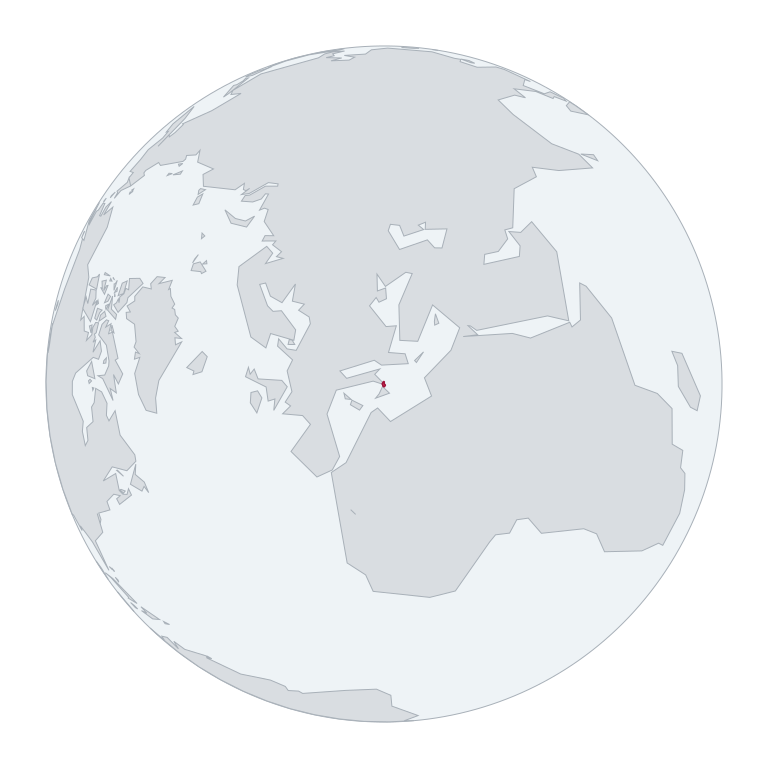 Reggio Calabria highlighted on a globe, orthographic projection, rotated 302°
{"feature_id": "ITA-5395", "entity_name": "Reggio Calabria", "entity_type": "Province", "adm_level": 1, "iso_a3": "ITA", "parent_name": "Italy", "parent_adm1": "", "projection": "orthographic", "projection_center": [16.138, 38.244], "detail": "fine", "context": "on_globe", "style": "filled", "palette": "rose", "viewbox_px": 768, "rotation_deg": 302, "n_neighbors": 0, "source": "natural_earth", "source_scale": "10m", "svg_char_len": 11154}
<svg xmlns="http://www.w3.org/2000/svg" viewBox="0 0 768 768"><g transform="rotate(302 384 384)"><circle cx="384" cy="384" r="338" fill="#eef3f6" stroke="#a8b0b8"/><path d="M231.2,82.6L241.7,78.1L232.2,82.6L238.5,80.2L250.7,74.8L257.3,71.9L295.4,62.8L336.6,54.7L347.5,51.3L346.8,53.4L366.1,47.5L387.2,46.5L364.6,48.5L363.3,49.5L378.2,48.6L380.0,49.6L388.3,50.0L389.2,51.6L376.0,53.6L376.3,54.9L386.8,54.4L394.3,56.2L378.8,56.7L390.3,60.3L370.3,66.2L328.1,69.5L318.1,77.1L277.6,92.9L282.4,93.9L270.1,101.7L271.1,106.1L263.3,108.6L270.8,110.1L277.8,107.1L283.4,106.9L284.6,109.5L274.9,112.8L272.9,112.0L270.6,114.4L265.2,115.1L268.6,116.2L256.7,120.4L270.2,120.3L262.1,127.0L253.7,128.8L252.5,123.3L229.9,116.7L221.1,118.3L209.8,125.3L193.0,148.7L184.0,153.3L173.5,163.3L179.3,162.8L189.6,154.9L197.9,157.2L209.5,148.2L214.6,148.1L227.5,141.8L227.7,148.7L220.9,159.3L210.3,165.2L207.0,170.3L218.9,170.1L200.8,187.3L191.9,210.2L187.0,214.5L174.2,211.9L169.7,197.4L153.0,197.3L165.9,203.9L153.4,215.9L152.2,221.0L154.2,224.6L159.8,222.8L156.0,228.7L141.8,223.6L145.0,218.1L149.5,219.5L147.3,213.2L137.6,211.3L132.0,218.3L123.4,210.5L119.2,215.7L115.1,217.4L122.2,209.4L109.2,224.1L98.1,222.3L80.2,249.5L95.5,220.6L99.5,210.5L102.8,201.6L99.7,205.7L108.2,190.4L108.8,187.9L107.7,189.4L124.5,167.6L142.9,147.2L162.9,128.4L184.4,111.3L207.2,96.0L231.2,82.6ZM80.5,235.5L81.4,233.7L78.0,242.1L72.2,253.7L80.5,235.5ZM66.6,268.0L62.5,280.6L58.6,292.8L66.6,268.0ZM53.2,315.0L52.5,319.2L50.4,333.4L52.4,329.2L54.2,334.4L50.5,350.0L54.4,342.1L53.4,355.7L59.2,377.3L57.8,379.1L62.1,416.2L72.7,444.5L75.2,460.6L73.3,465.2L78.3,474.3L78.5,479.0L103.8,513.8L121.2,539.3L123.6,554.8L115.0,561.4L120.9,588.6L109.0,579.5L114.5,587.9L100.2,567.4L87.3,545.8L76.2,523.4L66.7,500.2L58.9,476.3L53.0,451.9L48.9,427.2L46.6,402.2L46.1,377.1L47.6,352.1L50.6,330.0L51.8,322.3L51.5,323.8L53.2,315.0ZM75.3,257.2L67.0,290.9L66.9,280.5L67.8,280.4L70.9,269.8L75.1,255.2L76.3,247.6L75.3,257.2ZM82.5,252.3L83.6,247.7L83.2,251.2L82.5,252.3ZM259.9,70.7L250.8,74.7L239.1,79.6L246.4,76.0L259.9,70.7ZM282.5,63.5L278.7,65.1L272.1,66.4L276.3,65.0L282.5,63.5ZM355.0,49.2L347.2,50.2L354.1,49.0L355.0,49.2ZM389.3,49.9L390.9,49.5L394.5,50.0L389.3,49.9ZM226.5,138.5L226.9,140.1L224.3,140.4L226.5,138.5ZM231.6,134.4L228.2,133.7L230.2,131.7L232.2,132.2L231.6,134.4ZM399.2,53.0L404.4,54.4L396.8,53.2L399.2,53.0ZM235.3,136.0L234.0,128.3L237.5,124.9L248.2,124.1L235.3,136.0ZM406.0,55.4L419.0,59.5L423.7,58.5L417.7,64.2L408.7,58.4L398.5,56.9L405.2,56.7L406.0,55.4ZM279.4,105.1L272.1,108.4L277.1,103.4L279.4,105.1ZM281.3,102.0L288.5,88.4L300.0,85.3L295.2,90.2L309.1,85.0L311.1,90.1L304.0,94.2L296.1,95.0L302.9,96.4L281.3,102.0ZM412.3,67.0L413.5,68.6L409.7,67.4L412.3,67.0ZM286.0,106.5L286.5,103.8L296.4,100.9L297.3,105.8L293.8,105.1L286.0,106.5ZM311.8,81.4L319.4,80.4L323.1,84.2L326.5,84.5L312.2,90.0L311.8,81.4ZM292.2,107.1L297.6,108.6L294.0,112.4L286.3,109.0L292.2,107.1ZM298.6,98.1L303.4,97.1L301.0,99.2L298.6,98.1ZM284.3,127.9L284.6,124.1L289.8,122.1L284.3,127.9ZM299.8,108.9L301.0,107.6L303.1,106.5L305.8,108.3L299.8,108.9ZM315.8,92.5L315.7,94.5L321.8,90.4L324.9,93.5L314.7,96.8L320.4,96.7L321.3,97.7L312.0,99.4L315.8,92.5ZM314.8,107.2L303.0,113.2L301.3,120.3L296.6,122.1L300.2,110.4L314.8,107.2ZM314.0,102.4L313.4,105.7L307.9,106.0L304.8,103.9L314.0,102.4ZM330.6,94.6L328.5,88.9L330.8,88.5L330.6,94.6ZM315.4,109.1L318.2,107.6L315.9,109.5L315.4,109.1ZM327.1,98.8L326.1,96.8L328.7,96.3L327.1,98.8ZM324.8,106.7L321.0,108.5L318.8,107.0L324.8,106.7ZM326.7,103.0L330.6,102.9L320.3,105.4L325.9,102.1L326.7,103.0ZM329.8,98.7L331.0,97.7L329.8,99.7L329.8,98.7ZM335.3,111.6L322.8,115.2L318.0,111.7L330.8,108.6L335.3,111.6ZM227.3,535.9L202.4,484.7L212.4,469.6L212.7,447.6L281.0,386.2L297.2,393.5L353.0,388.2L360.3,391.3L355.6,409.4L399.0,430.7L410.7,415.0L448.1,422.9L471.8,418.4L476.8,383.3L438.1,390.0L429.4,374.3L459.0,354.7L492.6,349.4L490.3,343.3L467.5,333.5L473.5,319.8L459.4,329.1L466.3,334.5L457.6,340.9L450.7,336.4L453.2,331.5L442.6,330.3L433.8,355.3L439.9,363.6L413.1,371.1L420.8,385.9L414.1,393.8L398.7,371.9L399.0,363.2L371.7,339.7L369.0,349.3L394.6,372.5L387.3,371.0L383.8,385.5L380.7,373.3L353.5,346.8L328.3,351.6L299.0,384.8L283.7,385.7L269.6,376.4L277.5,340.9L310.8,343.0L314.1,331.7L305.0,313.8L315.9,316.4L316.3,309.8L328.7,310.0L343.8,294.9L356.0,293.7L359.7,273.7L366.5,270.7L362.4,283.2L366.0,291.7L396.1,289.6L401.2,285.0L401.3,272.5L409.5,274.1L405.7,262.4L421.9,255.9L398.9,254.4L398.3,241.1L406.9,230.1L402.6,225.8L388.6,243.8L386.8,251.4L391.8,258.2L383.1,280.4L373.3,284.4L366.7,261.1L352.0,264.7L353.3,246.2L390.2,207.0L406.7,198.8L438.6,211.6L436.0,220.3L423.3,219.7L437.1,231.9L435.0,225.3L441.9,227.0L443.0,215.7L448.0,216.5L440.7,204.9L446.8,204.5L451.3,211.9L458.3,196.3L470.6,193.3L469.8,189.5L465.5,186.3L483.9,185.4L482.5,182.7L475.9,181.9L468.8,176.2L463.5,166.2L470.2,166.4L473.0,170.0L488.9,178.6L495.4,189.0L497.6,188.1L493.5,179.2L474.1,168.7L469.1,162.7L478.7,166.4L474.8,164.5L474.4,161.7L480.2,159.3L469.8,154.8L456.0,126.1L465.8,119.5L476.0,125.4L473.4,108.4L484.7,104.1L478.6,103.1L473.2,95.5L469.6,96.6L466.3,95.6L450.9,78.6L452.4,75.5L438.9,68.8L435.8,68.5L433.9,70.3L417.7,64.2L423.7,58.5L430.5,59.3L429.7,56.0L445.3,58.6L457.8,59.9L475.4,66.0L483.8,67.2L482.4,65.9L492.8,67.2L518.8,75.9L503.6,74.5L465.8,66.4L481.7,69.7L479.8,71.0L486.6,73.6L497.7,76.3L497.9,75.3L524.5,93.1L554.7,108.8L548.4,100.8L553.0,100.3L581.8,115.4L625.9,155.6L632.5,158.8L638.6,164.7L645.5,174.1L636.8,165.5L636.0,167.8L630.1,162.0L638.1,175.4L630.0,167.8L640.2,182.8L645.6,185.9L641.6,176.2L654.0,193.5L660.7,196.2L670.8,209.1L691.1,248.6L697.6,271.4L700.0,277.0L697.7,277.7L702.0,295.2L712.2,311.0L714.5,319.4L718.1,347.9L716.8,342.1L710.9,343.9L715.1,366.2L719.8,370.0L721.6,385.0L720.4,388.5L717.9,376.0L715.7,376.1L712.5,357.7L703.3,337.9L701.7,352.3L698.2,341.7L685.4,330.3L681.0,350.6L676.6,398.9L682.1,427.4L677.8,446.4L657.7,419.2L646.4,394.9L640.5,403.4L618.6,390.9L584.7,410.4L578.7,404.8L572.6,412.0L557.0,410.7L547.3,400.7L538.4,405.3L563.9,431.2L573.3,426.2L579.5,409.1L585.0,419.6L599.9,423.2L587.7,460.4L535.5,507.2L528.4,486.6L478.6,434.2L479.0,426.5L478.7,425.7L478.0,424.3L475.4,437.3L466.2,426.0L494.9,466.0L500.6,483.9L534.8,508.8L532.0,513.2L542.4,516.7L573.4,496.4L574.0,503.6L560.6,542.1L515.9,597.5L520.8,620.8L515.8,641.3L485.7,660.3L486.0,672.6L470.1,679.9L467.6,686.6L453.6,695.0L431.0,703.3L394.9,705.9L394.5,701.2L379.1,691.1L358.6,659.9L369.6,643.7L367.1,630.1L340.8,596.6L346.7,577.4L339.2,568.5L324.1,569.5L315.2,558.5L305.9,557.3L246.3,554.2L227.3,535.9ZM259.8,422.3L258.4,428.9L258.4,429.0L259.8,422.3ZM530.1,361.1L548.9,355.2L537.0,337.0L543.2,333.5L536.9,328.9L536.0,335.8L520.0,322.5L526.8,313.2L522.8,304.8L516.2,306.4L506.3,325.9L529.2,344.4L526.3,354.8L530.1,361.1ZM59.5,377.8L59.8,383.5L58.5,380.0L59.5,377.8ZM64.4,284.9L63.8,289.7L62.7,294.4L62.6,291.7L64.4,284.9ZM65.8,323.0L66.4,329.6L64.7,325.4L65.8,323.0ZM66.3,295.9L65.3,318.4L62.2,312.3L63.3,298.4L64.0,304.3L66.3,295.9ZM77.7,258.5L76.8,262.4L75.3,264.2L77.7,258.5ZM82.3,255.0L82.2,254.1L83.7,250.6L82.3,255.0ZM154.3,216.2L155.3,216.8L156.1,221.3L153.4,220.9L154.3,216.2ZM173.8,232.7L167.2,242.0L170.0,234.8L164.9,235.5L164.6,222.1L184.5,216.0L175.5,220.9L173.8,232.7ZM169.7,203.5L167.7,212.0L169.1,203.0L169.7,203.5ZM306.3,275.7L311.2,280.4L307.5,287.8L292.1,291.5L297.2,280.6L306.3,275.7ZM319.0,285.6L316.8,262.7L326.3,260.2L321.4,265.3L327.9,266.0L321.6,274.5L332.9,295.4L330.4,303.4L303.2,304.5L313.5,299.4L308.1,294.8L319.0,285.6ZM294.3,215.9L293.4,208.0L315.2,212.6L313.5,219.6L297.9,223.1L290.8,217.0L294.3,215.9ZM254.4,137.0L252.7,135.1L255.4,134.0L259.1,134.7L254.4,137.0ZM284.0,126.3L264.8,144.8L261.8,143.4L254.1,157.1L243.3,158.7L248.7,149.6L234.6,161.7L235.1,154.2L226.4,163.0L239.5,142.6L239.4,137.0L243.6,142.4L253.5,140.9L257.8,138.6L269.8,128.0L274.5,116.0L285.1,113.3L291.3,114.6L291.8,117.0L284.8,117.9L290.5,120.6L280.7,123.8L284.0,126.3ZM358.3,141.9L349.9,140.0L359.7,149.5L350.0,151.3L351.7,152.3L345.4,156.8L340.8,164.2L336.1,164.0L336.3,167.0L332.1,170.4L330.9,174.6L322.0,176.0L319.7,181.5L316.8,179.1L315.3,188.2L312.4,182.2L306.8,186.4L312.5,190.1L267.7,191.2L251.1,197.7L238.8,206.8L235.6,196.2L245.0,181.4L260.8,167.0L277.2,162.8L272.8,159.2L279.4,156.3L280.1,160.3L282.9,152.5L288.5,151.3L302.5,140.8L303.0,131.1L308.1,127.4L310.7,130.7L314.0,124.8L322.4,128.6L326.3,126.2L338.5,128.0L341.3,136.3L345.4,133.0L354.8,134.7L358.3,141.9ZM338.6,112.3L344.2,120.9L341.6,126.4L321.5,121.1L316.8,122.8L303.8,120.5L307.9,112.8L311.2,114.1L315.4,113.6L312.5,116.2L317.9,113.8L322.7,115.6L328.3,114.4L328.6,117.5L338.6,112.3ZM367.5,384.4L372.9,385.1L381.1,384.1L379.1,393.5L367.5,384.4ZM348.6,366.5L353.3,365.4L354.5,377.5L348.9,377.1L348.6,366.5ZM355.0,354.9L353.5,364.4L350.9,359.0L355.0,354.9ZM366.7,281.7L371.6,280.1L372.5,282.9L370.2,287.4L366.7,281.7ZM385.3,173.3L380.9,170.7L382.2,169.1L378.0,160.3L384.9,158.7L390.1,163.4L385.3,173.3ZM470.8,390.4L464.6,398.3L460.8,395.8L463.7,393.6L470.8,390.4ZM420.1,397.5L432.2,400.5L419.4,400.1L420.1,397.5ZM392.1,170.1L389.6,166.6L394.6,168.1L392.1,170.1ZM389.7,157.2L395.4,158.0L385.2,157.5L389.7,157.2ZM567.9,620.4L541.6,658.6L527.3,663.7L526.7,656.2L537.9,634.9L555.2,623.3L564.3,610.8L567.9,620.4ZM720.6,413.5L720.4,414.2L714.4,397.8L716.7,391.1L721.6,391.9L721.5,397.2L721.6,397.7L720.6,413.5ZM683.3,429.0L689.5,440.2L686.6,446.9L683.3,429.0ZM703.3,284.5L704.1,291.0L702.5,287.4L700.3,277.0L703.3,284.5ZM678.6,220.5L684.9,231.2L687.2,235.8L684.6,231.7L678.6,220.5ZM447.4,156.8L445.6,170.3L448.8,180.1L457.8,185.3L444.3,184.3L439.3,169.1L447.4,156.8ZM454.2,129.6L446.3,125.9L450.1,124.3L452.5,124.9L454.2,129.6ZM449.2,129.6L438.8,131.4L434.6,127.3L443.6,126.7L449.2,129.6ZM415.6,149.7L414.6,153.6L410.5,152.2L415.6,149.7ZM695.6,253.2L694.1,249.8L693.1,247.5L695.6,253.2ZM637.6,161.0L633.9,157.3L629.8,152.4L633.5,156.3L637.6,161.0ZM614.2,136.6L627.4,150.0L638.6,163.1L638.6,162.5L647.4,172.7L643.5,169.2L630.5,154.1L623.3,145.9L615.4,138.5L605.9,129.6L597.5,123.1L591.1,118.0L596.6,121.6L611.2,133.9L614.2,136.6ZM594.0,120.8L575.9,108.8L571.2,103.9L574.1,105.4L584.5,112.8L586.3,114.8L594.0,120.8ZM570.1,104.7L571.7,106.8L548.3,98.5L542.2,95.8L557.5,98.3L559.9,100.6L566.4,103.9L570.1,104.7ZM416.8,68.3L413.8,68.6L414.8,67.3L416.8,68.3ZM464.4,96.5L460.1,94.9L461.5,93.2L464.4,96.5ZM448.8,90.0L450.3,93.0L445.9,89.7L448.8,90.0ZM454.0,100.1L449.5,94.2L457.8,100.1L454.0,100.1Z" fill="#d9dde1" stroke="#a8b0b8" stroke-width="1"/><path d="M386.0,382.7L386.0,382.9L386.0,383.0L385.8,383.1L385.7,383.2L385.7,383.3L385.4,383.4L384.9,383.7L384.8,383.8L384.1,384.6L384.1,384.8L383.9,385.4L383.9,385.6L383.7,385.8L383.4,385.9L383.1,385.8L382.2,385.9L381.9,385.7L381.7,385.5L381.7,385.4L381.8,385.2L381.7,385.0L381.6,384.9L381.7,384.7L381.7,384.3L381.7,384.1L381.9,383.9L382.4,383.8L382.4,383.7L382.5,383.7L382.6,383.4L382.9,382.6L383.0,382.5L383.2,382.4L383.3,382.4L383.5,382.3L383.6,382.2L383.9,382.3L384.0,382.3L384.2,382.5L384.3,382.5L384.5,382.5L384.6,382.8L385.0,382.9L385.2,382.7L385.0,382.4L385.0,382.2L385.3,382.2L385.4,382.3L385.5,382.5L385.8,382.7L386.0,382.7Z" fill="#f43f5e" stroke="#9f1239" stroke-width="1.5"/></g></svg>